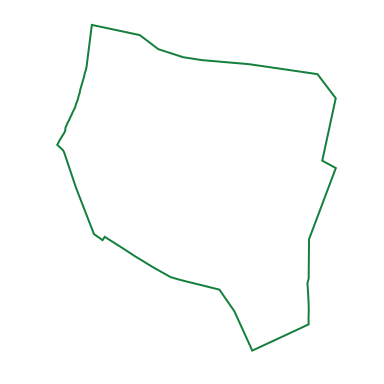 San Juan Guelavía, Oaxaca, Mexico, rotated 192°
{"feature_id": "50627088B68780091021819", "entity_name": "San Juan Guelavía", "entity_type": "district", "adm_level": 2, "iso_a3": "MEX", "parent_name": "Mexico", "parent_adm1": "Oaxaca", "projection": "robinson", "projection_center": [-96.523, 16.958], "detail": "fine", "context": "isolated", "style": "outline", "palette": "green", "viewbox_px": 384, "rotation_deg": 192, "n_neighbors": 0, "source": "geoboundaries", "source_scale": "gbopen_adm2", "svg_char_len": 1559}
<svg xmlns="http://www.w3.org/2000/svg" viewBox="0 0 384 384"><g transform="rotate(192 192 192)"><path d="M70.9,313.6L93.8,333.4L94.3,333.3L162.7,328.9L209.4,323.1L229.0,322.0L254.7,324.7L275.7,334.6L324.7,334.6L321.3,293.9L321.2,293.4L321.2,289.7L321.6,285.6L321.5,282.0L321.6,281.7L322.0,276.6L322.2,273.9L322.3,272.5L322.6,268.4L322.5,265.5L322.8,262.8L322.9,260.8L322.9,259.5L323.0,258.5L323.3,256.3L323.7,254.1L323.9,251.1L323.9,250.8L324.0,250.3L324.1,250.0L324.2,249.4L324.4,248.8L324.5,248.3L324.7,247.7L324.8,247.1L324.9,246.7L325.0,246.2L325.1,245.8L325.3,245.2L325.5,244.6L325.6,244.1L325.6,243.7L325.8,242.6L326.0,241.8L326.1,241.3L326.5,240.0L326.8,238.6L326.8,238.1L327.0,237.5L327.1,236.8L327.3,236.2L327.4,235.8L327.8,235.0L328.0,234.1L328.4,232.0L328.6,231.2L328.8,230.3L329.1,228.5L328.9,226.6L328.8,225.0L329.2,223.8L329.5,222.5L330.0,221.3L330.5,220.0L330.9,218.8L331.3,217.5L331.8,216.2L332.3,215.2L332.3,214.9L332.6,213.5L333.6,210.1L326.9,206.1L325.2,204.0L306.2,171.8L304.9,169.9L303.0,166.9L279.1,130.4L278.4,130.1L277.8,129.9L277.3,129.7L276.8,129.5L276.2,129.2L275.8,129.0L274.7,128.5L274.1,128.3L273.6,128.1L273.2,127.9L272.7,127.7L272.2,127.5L271.7,127.3L270.5,126.7L270.0,126.5L269.5,126.3L268.0,130.0L249.4,123.1L233.9,117.1L214.2,110.2L195.2,104.3L187.3,103.7L181.2,103.4L144.9,102.2L125.7,84.1L100.1,49.4L76.9,66.8L50.4,86.8L51.6,91.9L53.2,100.6L54.6,106.6L57.5,117.6L58.9,122.5L60.1,126.7L59.9,131.7L67.7,170.1L64.0,194.5L56.3,245.3L71.1,249.7L71.0,283.7L70.9,313.6Z" fill="none" stroke="#15803d" stroke-width="2"/></g></svg>